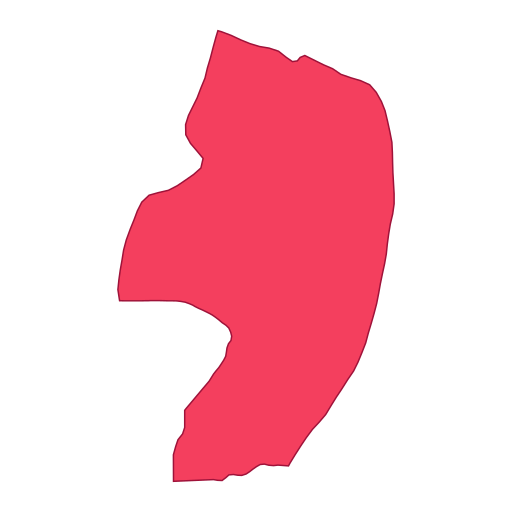 Bayhan, Shabwah, Yemen (Albers equal-area conic projection)
{"feature_id": "15242507B90213953607166", "entity_name": "Bayhan", "entity_type": "district", "adm_level": 2, "iso_a3": "YEM", "parent_name": "Yemen", "parent_adm1": "Shabwah", "projection": "albers", "projection_center": [45.708, 14.757], "detail": "fine", "context": "isolated", "style": "filled", "palette": "rose", "viewbox_px": 512, "rotation_deg": 0, "n_neighbors": 0, "source": "geoboundaries", "source_scale": "gbopen_adm2", "svg_char_len": 2157}
<svg xmlns="http://www.w3.org/2000/svg" viewBox="0 0 512 512"><path d="M173.5,481.3L213.5,479.6L217.6,480.3L222.1,480.5L225.8,477.7L228.9,474.9L233.4,474.5L237.6,475.2L241.7,475.4L246.1,474.0L249.6,471.7L252.8,469.2L256.5,466.6L260.2,464.5L264.4,464.1L268.7,465.2L273.6,465.6L277.9,465.1L288.5,465.9L290.0,463.1L295.0,454.9L300.7,446.0L306.4,437.5L312.5,429.3L319.4,421.9L325.7,414.5L331.2,405.4L336.4,397.0L341.1,390.0L342.2,388.3L347.7,379.6L353.6,371.0L358.0,362.1L362.0,352.4L365.7,342.9L368.3,333.1L371.3,323.1L374.1,313.3L376.3,304.9L376.7,303.3L378.7,293.1L380.4,283.5L380.6,282.6L382.4,273.8L384.6,263.7L386.3,254.0L387.3,244.2L388.7,233.8L390.3,224.1L392.7,213.9L394.1,203.9L394.1,193.8L393.5,183.1L393.2,177.8L392.9,172.6L392.6,162.6L392.4,152.7L391.9,142.3L389.9,132.0L387.5,121.0L385.0,110.6L381.4,101.5L376.2,92.3L369.7,84.8L360.7,80.7L350.9,77.8L340.8,74.3L332.6,68.7L323.5,64.8L304.8,55.5L300.2,57.4L297.3,60.9L292.4,61.6L286.2,57.3L278.5,51.2L269.1,48.1L259.5,46.5L249.9,43.6L240.8,39.9L231.2,35.4L221.4,31.7L217.9,30.7L215.9,37.3L213.3,46.8L210.4,58.0L207.4,68.0L205.0,78.1L201.0,87.8L197.1,98.0L192.8,106.7L188.5,115.4L185.6,124.6L185.8,134.8L190.5,143.4L196.9,150.9L203.1,158.4L200.9,168.0L193.7,174.4L185.7,180.0L177.3,185.7L168.4,190.3L158.4,192.6L149.1,195.2L141.8,202.1L137.4,210.8L134.0,219.9L130.3,229.0L126.3,239.9L123.6,250.1L122.0,260.2L120.3,269.8L118.9,279.8L117.9,289.6L119.4,299.5L119.6,300.7L124.5,300.8L128.6,300.8L132.7,300.8L136.9,300.8L141.5,300.8L145.7,300.7L148.4,300.7L150.4,300.6L155.3,300.6L159.4,300.6L164.1,300.7L168.2,300.8L172.3,300.8L176.7,300.9L180.8,301.4L185.3,302.2L186.6,302.7L189.2,303.6L192.7,305.1L195.0,306.5L198.8,308.4L202.5,310.0L207.0,312.2L210.4,313.9L211.4,314.6L211.7,314.6L215.3,317.1L218.7,319.7L222.2,322.7L225.8,325.1L228.8,328.0L230.7,332.2L231.7,336.2L231.0,340.5L228.5,343.7L227.0,347.9L226.4,352.2L225.7,356.3L223.7,360.2L221.3,363.9L218.9,367.5L216.1,370.8L213.6,374.0L211.3,377.7L209.2,381.1L206.5,384.3L203.7,387.6L186.2,408.4L184.7,410.3L184.7,416.9L184.7,427.5L182.6,433.9L178.0,439.7L175.7,446.5L173.4,454.8L173.5,481.3Z" fill="#f43f5e" stroke="#9f1239" stroke-width="1.5"/></svg>